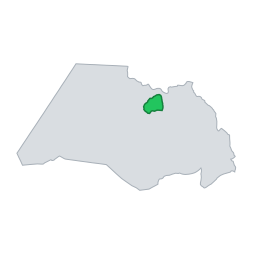 location of Ouara, Ouaddaï, Chad, rotated 273°
{"feature_id": "50815135B92277339053304", "entity_name": "Ouara", "entity_type": "district", "adm_level": 2, "iso_a3": "TCD", "parent_name": "Chad", "parent_adm1": "Ouaddaï", "projection": "natural_earth1", "projection_center": [20.732, 13.712], "detail": "fine", "context": "in_parent", "style": "filled", "palette": "green", "viewbox_px": 256, "rotation_deg": 273, "n_neighbors": 0, "source": "geoboundaries", "source_scale": "gbopen_adm2", "svg_char_len": 4488}
<svg xmlns="http://www.w3.org/2000/svg" viewBox="0 0 256 256"><g transform="rotate(273 128 128)"><path d="M189.4,72.7L189.4,78.9L189.4,85.0L189.5,91.1L189.5,97.2L189.5,103.4L189.6,109.5L189.6,115.6L189.6,121.7L189.6,123.8L189.5,124.6L189.4,124.7L189.2,124.8L186.4,124.3L185.2,124.2L183.5,124.7L181.0,124.9L179.4,124.8L178.3,125.9L177.4,127.2L177.8,130.2L177.7,131.2L177.4,132.2L176.6,133.1L175.9,133.9L175.4,134.5L174.8,135.9L174.4,136.5L174.5,137.4L174.3,138.3L173.9,138.8L172.7,139.1L172.0,139.5L171.4,140.2L171.0,140.6L171.2,141.3L171.5,142.1L171.6,143.5L171.8,144.3L172.3,144.9L172.7,145.4L172.8,146.0L172.5,146.4L171.0,147.4L170.5,147.8L169.8,148.3L169.6,148.5L168.5,149.4L168.0,150.2L167.8,150.9L167.8,151.9L168.3,153.3L168.9,154.5L169.1,155.4L169.2,156.4L169.2,157.4L168.9,158.2L168.4,158.9L166.4,160.3L165.4,161.9L164.7,163.8L164.5,164.8L164.7,165.4L165.1,166.0L165.7,166.3L166.5,166.4L167.9,166.1L169.3,165.9L170.7,166.6L171.4,168.1L171.1,169.3L171.6,171.3L172.1,173.8L172.1,174.7L172.3,175.0L173.2,175.2L173.4,175.7L173.1,180.1L173.5,181.4L174.1,182.2L174.7,182.7L175.4,183.3L175.8,183.7L176.5,183.8L177.4,184.6L177.6,185.6L177.6,186.7L177.1,188.9L176.7,190.4L176.2,190.3L175.1,189.9L173.9,189.6L172.4,189.4L170.9,190.0L169.3,190.8L168.8,191.3L168.4,191.7L167.7,191.6L167.1,191.7L166.7,192.3L166.1,192.9L163.9,194.2L163.4,194.7L163.1,195.1L163.1,195.6L163.3,196.7L163.3,198.0L162.8,199.0L162.2,199.7L161.6,200.0L161.0,200.2L160.6,200.6L159.5,203.0L158.9,203.4L157.9,203.3L154.9,206.9L154.6,208.0L153.5,209.5L152.1,211.1L150.9,211.9L150.8,212.2L150.5,212.6L149.7,212.9L147.1,215.0L143.9,214.9L142.5,215.7L141.1,216.0L139.1,216.4L138.5,216.4L136.0,216.5L133.0,216.5L131.8,216.8L130.7,217.5L129.9,218.2L129.8,218.4L129.9,218.7L129.9,218.9L132.0,220.6L132.5,221.4L132.0,222.2L131.7,222.3L131.4,223.0L130.1,224.8L128.3,227.0L127.3,227.7L126.9,228.1L126.4,229.6L126.1,229.8L124.8,229.9L122.3,230.1L118.7,230.6L116.6,230.7L115.3,230.6L113.5,231.6L112.8,231.9L112.4,232.0L110.6,232.9L109.0,234.5L108.5,234.8L106.3,235.4L105.5,236.4L105.1,236.5L103.7,235.1L102.8,233.9L102.3,232.6L102.3,232.2L102.0,232.3L101.3,232.9L100.6,233.5L100.3,234.7L98.1,235.5L96.2,236.2L95.3,237.1L94.0,237.6L92.3,237.4L91.0,237.0L89.7,236.9L90.3,235.8L90.6,235.0L90.6,234.0L90.6,233.3L89.8,232.9L89.3,232.4L88.2,229.2L87.1,226.0L85.5,222.8L83.7,220.7L82.5,219.4L82.1,219.3L81.4,218.9L81.0,218.5L78.7,216.3L76.3,213.9L75.7,212.8L74.5,211.1L73.1,209.4L72.5,208.6L72.1,207.2L73.1,206.0L74.1,204.3L75.3,203.3L76.9,203.2L79.5,203.6L82.3,203.8L85.0,203.5L85.8,203.2L86.5,203.3L88.0,203.6L90.6,203.5L91.9,202.9L90.5,201.8L88.9,200.0L87.5,198.1L86.6,196.4L85.8,194.1L85.1,191.3L84.6,187.7L84.7,185.7L84.9,184.3L85.7,181.9L85.2,180.5L85.3,179.4L85.3,177.7L85.0,176.9L84.0,174.1L83.8,173.8L83.0,171.9L82.6,168.7L81.6,166.6L80.0,165.6L79.1,164.4L78.7,162.2L78.1,161.6L75.6,160.8L73.4,160.8L71.9,158.4L70.0,155.2L68.1,152.2L67.0,146.3L66.4,143.0L67.1,141.9L68.7,139.5L70.6,134.9L75.0,127.8L77.3,124.2L81.7,118.7L87.2,112.1L90.3,108.3L90.9,101.4L91.4,94.2L91.9,88.7L92.4,82.2L92.9,76.7L93.2,72.8L93.7,67.1L94.0,66.1L96.2,61.7L96.4,61.1L96.0,60.3L93.0,56.6L92.0,55.7L91.5,53.8L92.3,52.7L88.7,46.4L87.8,45.6L87.5,44.9L87.4,43.7L87.4,39.4L86.5,32.6L85.3,24.6L89.6,22.4L92.8,20.6L97.0,18.4L100.8,20.7L106.3,23.9L111.8,27.2L117.3,30.4L122.8,33.7L128.3,37.0L133.8,40.2L139.3,43.5L144.9,46.7L150.4,50.0L156.0,53.2L161.5,56.5L167.1,59.7L172.6,63.0L178.2,66.2L183.8,69.5L189.4,72.7Z" fill="#d9dde1" stroke="#a8b0b8" stroke-width="1"/><path d="M147.3,161.1L148.3,161.4L148.6,161.5L148.9,161.6L149.4,161.7L150.2,161.8L150.8,161.8L152.0,161.7L153.3,161.3L154.4,161.3L155.9,160.8L156.6,160.6L158.3,160.3L159.6,159.9L160.0,159.9L160.6,159.8L161.5,159.4L162.2,159.0L162.4,158.4L162.8,158.1L163.0,157.3L162.5,154.9L161.6,153.7L161.0,152.8L160.6,151.8L159.8,151.5L159.6,151.1L159.2,150.7L158.9,150.3L158.7,149.4L158.8,148.6L158.5,148.1L157.7,147.7L157.2,147.2L156.9,147.0L156.4,146.9L156.1,146.4L155.8,146.3L155.2,146.2L154.8,146.1L154.3,145.5L153.9,144.8L153.0,143.8L152.1,143.2L151.5,143.0L150.8,142.8L150.2,142.5L149.3,142.7L148.8,143.0L147.3,142.9L146.4,143.7L145.9,144.1L145.5,144.6L145.3,145.0L144.9,145.7L144.7,146.0L143.8,147.0L143.7,148.8L145.8,150.2L146.1,150.5L146.5,151.5L146.3,152.5L146.3,152.8L146.3,153.0L146.2,153.3L146.2,153.5L146.3,153.7L146.3,153.9L146.4,154.1L146.5,154.3L146.6,154.5L147.1,155.5L147.2,155.8L147.3,156.1L147.4,157.1L147.3,161.1L147.3,161.1Z" fill="#22c55e" stroke="#15803d" stroke-width="1.5"/></g></svg>